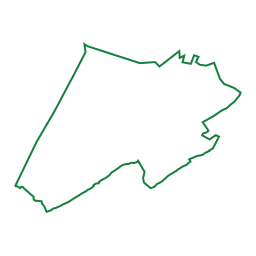 outline of Monroe, West Virginia, United States of America
{"feature_id": "52423323B57461301326035", "entity_name": "Monroe", "entity_type": "district", "adm_level": 2, "iso_a3": "USA", "parent_name": "United States of America", "parent_adm1": "West Virginia", "projection": "equal_earth", "projection_center": [-80.514, 37.552], "detail": "fine", "context": "isolated", "style": "outline", "palette": "green", "viewbox_px": 256, "rotation_deg": 0, "n_neighbors": 0, "source": "geoboundaries", "source_scale": "gbopen_adm2", "svg_char_len": 1755}
<svg xmlns="http://www.w3.org/2000/svg" viewBox="0 0 256 256"><path d="M240.6,92.6L234.2,88.0L228.8,85.8L225.7,84.6L225.1,84.4L224.3,84.1L224.2,84.1L223.2,82.8L223.2,82.7L220.0,79.0L215.4,66.5L215.4,66.4L214.1,62.8L206.2,65.6L199.9,64.8L195.9,61.9L198.5,56.8L194.1,55.3L190.9,63.8L182.6,62.3L184.2,55.6L179.7,57.9L179.3,51.1L159.5,66.5L155.1,62.1L139.7,63.1L87.5,46.2L84.4,44.2L85.5,52.2L72.5,77.4L71.1,79.9L54.4,111.4L36.6,141.9L15.4,185.7L15.9,186.3L17.2,186.3L18.1,186.7L19.7,188.0L20.4,187.9L21.3,186.8L22.7,186.9L23.1,187.5L31.9,195.4L32.9,196.0L33.8,197.0L33.5,198.3L33.8,199.8L35.9,200.9L36.4,200.8L39.4,200.9L41.6,201.4L41.9,202.3L41.9,203.3L42.3,204.0L44.2,206.3L44.3,206.5L46.6,211.8L50.2,210.6L54.1,208.2L55.3,208.2L57.9,207.0L60.2,206.0L63.0,204.4L65.9,203.2L69.5,201.4L74.3,198.1L76.8,196.7L83.8,192.3L84.1,192.3L86.7,190.7L87.8,189.8L90.5,188.6L93.7,186.1L93.5,185.6L93.5,185.2L94.6,184.3L95.3,183.9L97.4,183.3L98.7,183.3L98.9,182.1L100.8,180.5L106.7,177.3L109.8,174.9L110.2,174.0L111.8,172.4L118.7,167.8L120.4,166.3L123.7,164.6L126.3,164.0L128.0,164.1L130.3,163.2L130.7,162.9L132.1,162.8L133.8,163.0L136.8,162.2L137.4,161.8L138.1,160.8L144.6,171.9L143.1,178.0L143.9,182.5L150.7,188.2L151.7,187.8L154.5,186.7L157.2,183.8L159.3,183.0L162.3,181.1L168.4,175.6L176.5,170.7L177.5,169.8L183.6,166.0L185.1,165.6L187.4,164.3L188.3,163.1L190.5,161.5L189.2,159.3L197.3,155.9L201.5,155.1L203.2,154.4L205.5,152.7L207.6,151.8L209.5,150.9L209.3,150.4L212.9,148.4L219.0,136.6L215.7,135.2L209.5,139.4L202.1,135.3L203.1,133.5L204.2,133.1L205.3,132.9L207.7,131.6L208.4,130.6L202.7,122.2L214.6,115.5L219.0,112.3L223.2,109.7L225.6,108.7L227.3,107.7L230.5,104.6L233.8,102.3L238.9,96.2L239.8,94.8L240.6,92.6Z" fill="none" stroke="#15803d" stroke-width="2"/></svg>